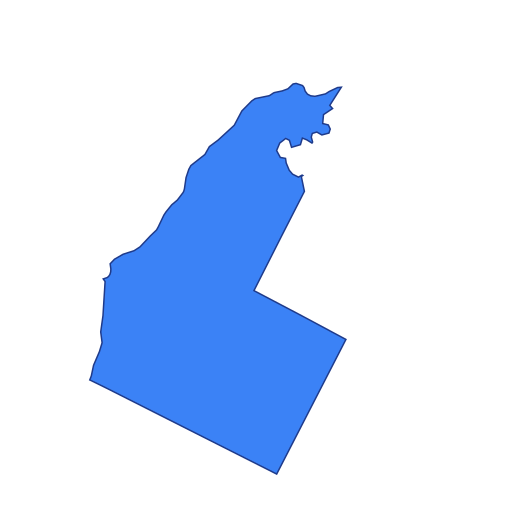 outline of St. Clair, Michigan, United States of America, rotated 209°
{"feature_id": "52423323B46909170803204", "entity_name": "St. Clair", "entity_type": "district", "adm_level": 2, "iso_a3": "USA", "parent_name": "United States of America", "parent_adm1": "Michigan", "projection": "orthographic", "projection_center": [-82.589, 42.844], "detail": "fine", "context": "isolated", "style": "filled", "palette": "blue", "viewbox_px": 512, "rotation_deg": 209, "n_neighbors": 0, "source": "geoboundaries", "source_scale": "gbopen_adm2", "svg_char_len": 1401}
<svg xmlns="http://www.w3.org/2000/svg" viewBox="0 0 512 512"><g transform="rotate(209 256 256)"><path d="M136.9,226.6L187.1,225.9L241.0,224.7L243.3,285.6L244.7,327.4L245.0,336.0L254.9,347.5L254.1,349.1L254.9,349.1L257.1,345.6L263.7,345.3L268.5,347.1L274.7,352.0L277.5,355.7L282.5,354.0L289.1,358.2L289.3,360.0L290.0,366.3L287.0,373.2L282.9,373.4L277.6,368.3L271.1,374.9L272.6,381.6L268.0,382.2L261.8,381.9L261.7,383.1L265.3,386.8L266.2,390.5L262.9,393.9L257.1,393.8L251.8,398.9L252.6,403.0L256.3,405.7L261.9,404.2L265.5,412.4L260.5,422.1L264.5,423.5L263.2,445.0L266.3,442.9L271.7,435.4L273.8,431.5L279.3,426.5L281.9,424.2L282.7,423.9L285.9,422.6L289.5,422.5L293.0,424.1L295.5,426.5L297.2,427.4L298.2,427.6L304.6,426.4L307.0,424.4L309.1,417.8L309.9,416.8L313.1,413.1L319.1,407.9L319.8,407.0L321.7,403.3L322.4,402.4L333.0,393.3L334.9,389.6L338.7,376.0L338.4,359.8L345.3,339.1L349.8,329.1L349.9,320.0L356.8,303.6L356.8,299.3L355.2,290.7L351.2,280.1L350.7,278.2L350.5,276.4L351.9,266.8L354.5,260.0L356.1,251.0L356.4,247.1L355.6,234.1L355.6,230.6L358.1,222.5L361.9,207.7L365.1,201.7L365.3,201.4L373.1,193.1L378.2,184.6L379.8,178.5L376.6,174.2L375.4,171.7L374.8,169.0L375.0,166.9L375.6,165.1L378.5,161.9L375.6,160.5L360.9,129.6L355.0,114.3L348.6,105.6L348.3,104.4L346.6,96.5L345.1,81.7L341.9,71.3L341.3,67.0L323.6,67.9L132.2,75.3L136.9,226.6Z" fill="#3b82f6" stroke="#1e3a8a" stroke-width="1.5"/></g></svg>